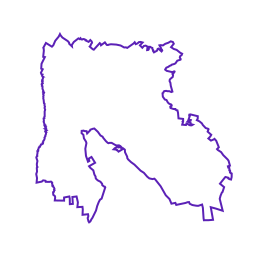 Maeriste, Salaj, Romania (Mercator projection), rotated 263°
{"feature_id": "2599482B89987294354273", "entity_name": "Maeriste", "entity_type": "district", "adm_level": 2, "iso_a3": "ROU", "parent_name": "Romania", "parent_adm1": "Salaj", "projection": "mercator", "projection_center": [22.749, 47.297], "detail": "fine", "context": "isolated", "style": "outline", "palette": "violet", "viewbox_px": 256, "rotation_deg": 263, "n_neighbors": 0, "source": "geoboundaries", "source_scale": "gbopen_adm2", "svg_char_len": 5774}
<svg xmlns="http://www.w3.org/2000/svg" viewBox="0 0 256 256"><g transform="rotate(263 128 128)"><path d="M52.9,214.0L57.6,216.2L61.5,212.5L67.3,218.4L67.5,218.8L66.4,221.5L65.9,221.3L65.6,221.5L64.9,222.4L64.3,224.0L66.7,224.9L70.2,225.4L70.6,224.9L70.5,224.6L71.4,223.8L72.7,224.2L73.2,224.1L73.1,223.7L73.5,223.4L75.8,223.7L76.4,223.6L76.5,222.7L77.8,222.5L78.2,224.6L83.3,223.8L84.7,223.0L89.5,219.2L92.7,217.5L95.3,214.4L96.2,213.8L97.8,215.8L104.6,214.0L106.7,212.5L106.2,211.7L105.4,208.8L107.8,206.5L109.5,208.6L111.1,209.8L114.7,206.6L117.0,207.8L117.4,207.5L118.5,205.1L121.9,202.6L123.6,201.9L125.9,199.7L127.4,197.3L128.7,198.3L131.2,198.7L133.9,191.6L133.8,190.5L133.0,190.3L132.8,191.0L129.0,189.1L128.2,191.3L127.6,191.0L128.1,188.9L127.2,187.9L125.3,190.8L124.3,190.5L123.4,192.7L122.9,191.6L123.0,190.4L123.4,189.3L125.1,187.2L125.4,186.6L123.9,185.9L124.7,182.2L127.0,183.2L127.5,183.4L127.8,183.0L128.9,183.7L130.3,183.8L131.4,179.3L137.1,179.5L139.5,179.2L139.7,178.4L140.7,177.1L141.1,177.2L141.3,175.5L142.6,172.8L143.2,173.0L143.7,172.5L144.1,172.6L144.8,174.1L145.4,174.1L146.1,173.7L147.0,171.9L148.4,170.7L151.1,169.6L151.8,168.0L154.8,166.4L158.3,166.5L158.8,167.5L159.8,167.9L160.2,168.5L160.2,170.4L159.7,171.7L159.5,173.5L158.4,175.4L158.7,176.5L164.7,175.6L167.7,175.6L169.3,175.0L170.6,175.2L171.4,175.8L173.2,178.6L175.1,179.2L176.2,178.7L176.9,179.9L178.2,181.1L178.5,181.0L178.5,180.2L178.1,179.4L178.3,178.1L180.0,173.4L181.4,172.0L181.8,172.2L183.2,173.4L183.9,175.8L184.5,176.6L185.0,178.5L185.5,179.0L185.9,181.7L186.4,183.0L188.8,185.1L189.4,188.4L190.0,188.7L191.5,188.0L192.3,188.2L193.2,188.8L193.7,190.0L195.1,190.8L196.3,189.0L199.6,185.8L200.9,183.0L203.0,180.6L206.0,183.7L207.9,183.0L208.8,181.0L207.7,178.4L207.0,175.2L205.7,172.7L206.3,170.4L206.2,169.3L203.5,170.4L203.0,170.1L201.6,171.2L200.7,171.4L199.9,170.6L203.1,167.8L202.8,167.0L201.2,166.2L199.9,163.0L201.5,162.2L201.9,162.6L203.4,161.9L204.5,161.9L205.1,160.7L205.8,160.1L206.0,158.9L203.4,158.1L203.0,157.5L203.0,156.5L206.4,157.3L207.6,155.6L207.5,153.8L205.9,152.0L208.6,149.9L211.1,152.9L211.9,151.0L211.9,149.3L210.8,147.7L210.3,145.9L212.3,145.1L211.2,143.8L207.6,137.0L208.3,135.8L208.4,134.0L210.8,130.7L212.2,126.6L213.2,121.3L213.1,119.3L212.8,118.2L213.1,117.0L215.8,115.5L213.4,111.3L214.9,111.0L215.7,110.3L209.9,103.6L210.5,102.6L213.5,99.9L214.4,100.9L215.4,101.3L217.0,102.7L218.3,102.5L219.9,101.3L218.3,99.4L220.0,96.7L220.4,97.0L221.4,95.6L221.8,94.3L221.4,93.2L221.7,92.4L222.9,91.8L222.1,90.9L223.0,89.7L220.0,84.7L217.2,82.3L215.9,82.3L218.8,79.9L220.0,79.9L221.6,78.8L225.8,73.9L228.2,72.4L229.5,71.9L227.2,70.4L223.4,66.4L219.3,64.0L218.2,62.7L218.0,62.4L222.4,56.9L217.9,53.7L217.4,54.0L215.0,53.9L209.0,52.5L208.5,54.1L202.3,50.0L197.5,49.1L196.7,50.5L193.4,48.3L191.8,48.7L191.5,49.5L191.1,49.1L190.0,49.2L189.3,49.9L189.3,49.5L188.6,49.8L187.2,49.5L185.9,48.5L185.3,48.6L185.2,49.1L184.9,49.1L184.6,48.4L183.0,48.8L182.9,48.5L182.6,48.6L182.3,47.8L181.6,47.6L180.9,48.0L180.2,47.7L179.7,48.2L177.3,47.9L175.1,48.5L174.4,48.1L174.1,48.7L173.7,48.9L173.5,48.2L173.0,48.1L172.4,48.5L171.9,47.9L170.5,48.2L169.7,47.7L168.8,47.8L167.9,47.5L166.1,47.7L162.9,47.6L162.4,48.1L160.3,47.9L159.3,48.2L158.1,47.6L156.2,48.0L154.7,47.3L149.6,46.7L149.1,46.2L147.9,46.2L147.7,45.4L145.1,45.4L144.5,45.0L142.1,45.6L141.4,45.4L140.8,46.4L140.0,46.5L140.0,46.1L139.3,46.6L139.1,46.1L139.3,45.8L138.6,46.0L138.3,46.5L137.3,46.6L137.2,45.9L136.6,46.8L136.4,46.7L136.4,46.1L136.0,45.8L135.3,46.0L135.2,46.4L134.7,45.6L133.9,46.2L133.8,45.8L133.2,46.1L131.4,45.6L130.8,45.0L129.9,45.0L128.6,43.9L127.7,44.0L126.5,43.4L125.4,42.3L124.5,42.2L124.2,41.7L122.9,41.7L122.8,41.4L123.2,41.2L122.5,40.8L122.1,40.0L122.2,39.6L120.6,38.6L120.4,38.0L119.8,38.0L119.5,37.1L118.1,36.6L117.6,36.1L116.3,36.2L115.7,35.6L115.8,35.2L114.4,35.2L111.9,34.4L111.3,34.6L110.4,33.6L109.8,33.4L106.3,34.1L103.3,33.1L101.1,33.0L100.3,33.4L99.5,32.6L95.8,32.4L93.5,31.3L89.4,31.6L84.9,30.6L85.3,35.9L86.3,37.2L86.3,37.7L85.7,39.7L85.1,40.0L84.6,39.9L84.1,43.4L84.2,45.0L83.3,45.9L83.0,46.1L82.0,45.8L81.3,46.1L80.4,45.9L80.0,46.4L79.5,46.0L78.1,47.2L76.6,47.6L75.9,47.1L75.2,47.5L74.6,46.9L73.7,46.7L73.4,45.8L70.8,45.7L69.4,47.1L68.3,47.3L65.0,46.5L63.7,55.7L66.8,56.1L67.2,61.4L65.1,61.6L59.5,61.0L59.4,64.0L66.3,64.4L66.3,68.6L60.3,69.2L55.6,68.1L55.3,73.2L52.7,73.2L47.4,72.3L47.3,77.8L45.8,77.9L44.7,77.7L43.6,77.0L42.5,77.1L40.2,77.4L39.1,77.9L39.5,78.7L40.2,79.5L41.8,80.5L43.1,81.7L50.0,86.2L54.3,87.9L58.0,89.9L60.3,91.5L61.1,93.2L71.9,98.2L72.6,97.8L72.8,97.1L74.4,95.5L75.8,95.5L78.0,94.1L79.7,91.6L81.2,90.3L82.3,89.8L83.8,89.9L85.8,89.0L90.2,88.4L93.1,85.7L94.8,84.7L97.5,91.1L103.7,88.2L102.4,85.3L100.0,85.6L99.4,84.2L105.4,82.9L112.6,83.1L118.1,84.9L119.7,84.6L123.1,83.0L126.6,82.9L128.6,81.3L130.8,81.7L130.8,83.7L130.3,84.2L129.9,86.5L127.6,86.8L130.2,90.1L130.9,90.4L131.5,93.0L131.6,94.5L127.9,97.6L123.9,99.8L122.5,101.7L121.1,102.3L117.6,104.5L115.8,106.0L115.3,106.8L115.5,107.9L115.2,110.0L112.4,113.7L112.0,114.9L111.9,116.9L111.0,118.2L109.0,119.7L108.8,119.5L109.3,119.0L109.2,118.5L110.0,117.9L109.9,116.3L110.3,116.2L110.7,115.3L109.5,112.3L108.6,111.2L108.0,113.6L107.5,114.0L107.7,114.4L105.7,115.7L107.5,119.8L107.8,120.4L108.2,120.1L108.4,120.7L106.9,122.2L104.3,122.1L99.6,123.7L98.3,123.6L96.8,124.3L93.7,126.9L90.9,129.9L84.1,135.3L81.6,138.3L77.4,141.1L75.4,143.0L74.3,146.1L74.5,148.0L73.4,148.9L66.2,153.3L56.6,157.3L52.5,160.5L47.6,161.9L47.9,165.9L45.8,166.5L46.6,176.0L47.1,178.1L47.0,179.6L45.3,180.0L43.7,182.5L42.5,186.4L42.2,188.3L43.0,192.2L39.6,192.6L29.1,192.0L27.2,192.1L26.7,196.4L26.5,201.2L39.3,200.5L37.3,205.4L34.3,211.9L46.5,210.4L49.5,211.6L52.5,213.3L52.9,214.0Z" fill="none" stroke="#5b21b6" stroke-width="2"/></g></svg>